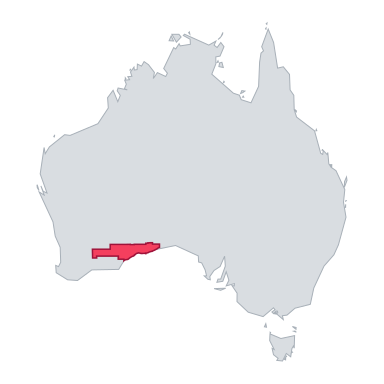 Dundas, Western Australia, Australia shown in context
{"feature_id": "25037944B97036074912579", "entity_name": "Dundas", "entity_type": "district", "adm_level": 2, "iso_a3": "AUS", "parent_name": "Australia", "parent_adm1": "Western Australia", "projection": "equal_earth", "projection_center": [126.268, -32.126], "detail": "fine", "context": "in_parent", "style": "filled", "palette": "rose", "viewbox_px": 384, "rotation_deg": 0, "n_neighbors": 0, "source": "geoboundaries", "source_scale": "gbopen_adm2", "svg_char_len": 6372}
<svg xmlns="http://www.w3.org/2000/svg" viewBox="0 0 384 384"><path d="M273.6,42.5L277.6,68.1L283.3,66.8L289.5,74.4L290.1,89.9L293.8,95.3L294.2,109.7L296.6,117.1L314.5,130.8L320.7,153.3L322.7,154.4L323.3,150.5L327.1,154.5L327.8,152.5L328.8,163.8L331.0,167.2L336.0,170.7L344.8,189.6L343.5,202.2L346.0,217.2L338.4,244.9L333.9,254.8L324.0,266.1L313.8,288.0L310.3,304.3L295.0,308.2L287.0,315.1L282.4,315.7L283.3,319.6L276.6,313.9L277.8,312.5L277.4,311.1L276.1,311.1L273.5,313.6L271.9,312.0L275.0,309.7L273.5,307.8L263.1,316.6L248.2,312.2L237.0,301.6L237.1,293.2L232.0,285.6L234.3,285.9L234.4,283.6L226.2,285.9L228.9,280.2L226.2,271.8L222.8,281.3L216.9,282.3L218.0,279.1L220.7,279.1L225.3,266.1L224.6,256.2L220.1,266.5L214.0,270.5L209.8,276.6L210.3,279.8L207.9,279.3L204.2,275.9L206.6,275.9L205.1,269.8L201.7,262.9L198.6,262.0L198.3,255.9L175.5,245.5L136.5,253.4L124.1,260.5L118.7,269.4L91.8,269.9L77.5,280.5L67.6,279.8L56.2,272.7L55.7,265.4L58.5,266.6L60.7,262.3L60.2,247.4L55.2,236.1L53.0,221.9L39.1,191.9L44.2,195.1L40.9,185.9L43.2,191.3L47.0,193.0L40.2,173.9L44.1,147.5L45.2,153.7L49.4,146.9L64.6,134.7L70.1,135.4L97.9,123.7L108.3,108.0L107.6,97.7L113.1,90.3L117.8,101.7L120.3,95.4L117.2,90.8L118.1,88.0L127.3,89.9L124.4,88.8L126.3,84.2L124.7,80.2L129.6,79.7L127.8,76.7L131.9,76.3L130.5,72.0L134.0,67.1L134.3,70.0L137.1,69.6L137.4,64.1L141.5,66.1L144.1,61.6L148.5,64.7L154.4,72.4L153.3,78.5L157.4,72.6L165.7,76.5L167.4,73.2L163.7,68.5L173.7,47.6L175.7,49.0L179.1,43.7L180.2,45.9L190.4,44.3L190.1,39.2L183.3,35.5L184.5,34.2L208.8,45.1L215.9,41.1L214.1,45.2L217.1,47.5L220.8,42.5L224.0,46.7L220.0,56.1L215.8,56.9L215.9,63.7L211.8,74.2L233.4,93.2L239.4,95.2L241.2,99.7L251.0,102.8L258.6,86.4L259.6,62.2L261.0,53.1L263.5,50.9L261.7,46.7L268.2,29.1L273.6,42.5ZM270.0,333.9L280.9,338.5L294.6,335.6L294.2,348.2L293.5,346.0L291.9,348.6L290.7,356.8L286.3,353.5L282.5,361.0L276.8,360.4L278.1,358.3L273.5,354.7L272.1,348.4L274.2,349.5L269.7,340.6L270.0,333.9ZM171.9,34.3L178.9,34.3L181.1,37.0L176.4,42.2L171.9,34.3ZM214.1,288.6L225.7,288.2L220.6,290.3L214.1,288.6ZM221.9,62.3L223.3,67.5L218.9,66.6L219.6,62.9L221.9,62.3ZM344.3,187.4L344.5,181.7L346.5,177.0L347.0,180.4L344.3,187.4ZM292.4,326.5L296.1,327.5L296.0,329.3L292.4,326.5ZM171.2,35.9L173.6,41.0L169.1,40.7L171.2,35.9ZM266.5,327.2L264.4,326.8L265.8,323.7L266.5,327.2ZM244.9,91.1L242.8,92.6L240.6,93.5L241.8,90.6L244.9,91.1ZM39.0,190.5L37.3,187.8L37.0,185.2L37.3,185.1L39.0,190.5ZM295.0,331.0L296.3,332.2L293.7,331.2L295.0,331.0ZM330.2,164.6L331.8,164.6L331.7,167.1L330.2,164.6ZM294.7,109.4L296.5,111.0L296.2,111.9L294.7,109.4ZM285.7,357.9L285.6,359.9L284.3,359.3L285.7,357.9ZM345.7,204.3L345.6,207.4L345.4,207.4L345.7,204.3ZM189.8,34.1L188.6,32.7L189.4,31.9L189.8,34.1ZM222.5,34.4L220.8,37.0L222.9,32.4L222.5,34.4ZM346.3,200.6L345.4,201.6L346.0,200.5L346.3,200.6ZM224.4,82.0L223.4,82.6L223.9,81.3L224.4,82.0ZM218.4,62.1L217.2,62.4L218.0,60.8L218.4,62.1ZM54.7,134.8L54.4,136.9L53.8,136.7L54.7,134.8ZM266.1,27.9L266.0,29.7L265.6,28.4L266.1,27.9ZM276.1,311.8L276.3,312.8L275.9,312.5L276.1,311.8ZM220.3,37.7L218.0,39.5L220.4,37.3L220.3,37.7ZM130.6,69.4L129.8,70.7L130.3,69.2L130.6,69.4ZM286.6,356.5L285.9,356.9L286.3,356.1L286.6,356.5ZM243.8,97.2L242.5,97.2L243.2,96.1L243.8,97.2ZM126.0,78.8L125.3,79.5L125.3,77.8L126.0,78.8ZM292.5,352.2L291.4,352.8L291.9,351.7L292.5,352.2ZM267.0,23.0L266.8,24.3L266.2,23.7L267.0,23.0ZM275.4,313.2L276.3,314.1L274.7,313.8L275.4,313.2ZM316.8,130.7L315.9,130.8L316.3,129.4L316.8,130.7ZM322.6,150.3L322.1,150.3L322.5,149.2L322.6,150.3ZM270.6,332.4L270.3,333.2L270.1,332.2L270.6,332.4Z" fill="#d9dde1" stroke="#a8b0b8" stroke-width="1"/><path d="M159.5,244.1L152.5,244.1L152.5,242.7L150.2,242.7L150.2,242.8L147.9,242.8L147.9,243.2L145.8,243.2L145.8,244.3L143.2,244.3L138.9,244.3L134.2,244.3L134.2,244.6L130.3,244.6L130.3,244.3L126.0,244.4L122.2,244.4L114.7,244.4L110.2,244.4L110.2,249.2L101.5,249.2L96.3,249.2L92.4,249.2L92.6,258.0L96.7,258.0L96.6,256.1L98.1,256.1L100.0,256.1L102.3,256.1L105.6,256.1L106.7,256.1L107.4,256.1L118.4,256.1L118.4,257.4L118.2,257.4L118.2,259.2L123.9,259.2L123.9,260.7L124.1,260.5L124.2,260.4L124.3,260.4L124.5,260.2L124.9,260.0L125.0,259.9L125.5,259.8L125.7,259.7L126.0,259.7L126.3,259.6L126.5,259.6L126.8,259.6L127.2,259.5L127.4,259.5L127.6,259.4L127.8,259.4L128.0,259.3L128.1,259.2L128.4,259.1L128.5,259.0L128.5,258.9L128.8,258.8L128.9,258.7L129.0,258.5L129.2,258.3L129.3,258.2L129.5,258.1L129.7,257.9L129.8,257.8L129.9,257.7L130.0,257.7L130.3,257.6L130.5,257.5L130.6,257.4L130.8,257.3L130.9,257.2L131.0,257.1L131.3,256.9L131.5,256.8L131.6,256.7L131.9,256.6L132.0,256.5L132.2,256.4L132.3,256.4L132.6,256.3L132.8,256.3L132.9,256.2L133.0,256.2L133.3,256.0L133.5,256.0L133.5,255.9L133.8,255.8L133.9,255.7L134.0,255.6L134.1,255.4L134.3,255.3L134.3,255.2L134.5,255.2L134.6,254.9L134.9,254.8L134.9,254.7L135.0,254.7L135.3,254.4L135.5,254.2L135.8,254.0L135.9,253.9L136.0,253.8L136.4,253.6L136.5,253.5L136.6,253.4L136.8,253.3L137.0,253.3L137.1,253.2L137.3,253.2L137.5,253.2L137.8,253.2L138.0,253.1L138.1,252.9L138.3,252.8L138.6,252.8L138.8,252.8L139.0,252.9L139.2,253.0L139.4,253.0L139.6,253.1L139.8,253.1L140.0,253.2L140.2,253.3L140.3,253.3L140.5,253.3L141.2,253.4L141.4,253.4L141.4,253.5L141.5,253.5L141.9,253.5L142.0,253.5L142.3,253.5L142.5,253.5L142.7,253.4L142.8,253.4L143.1,253.4L143.4,253.4L143.5,253.4L143.9,253.4L144.1,253.4L144.3,253.4L144.5,253.4L144.8,253.3L145.0,253.3L145.3,253.3L145.4,253.2L145.5,253.3L145.5,253.2L145.8,253.2L146.0,253.2L146.3,253.2L146.5,253.1L146.8,253.0L147.0,253.0L147.1,252.9L147.3,252.9L147.5,252.8L147.8,252.7L148.0,252.7L148.3,252.6L148.5,252.5L148.6,252.4L148.8,252.3L148.9,252.2L149.0,252.2L149.3,252.0L149.7,251.9L149.8,251.8L150.0,251.8L150.1,251.7L150.3,251.7L150.5,251.7L150.8,251.6L151.0,251.5L151.3,251.5L151.4,251.4L151.5,251.4L151.8,251.3L152.0,251.3L152.0,251.2L152.3,251.1L152.5,251.1L152.7,250.9L152.9,250.9L153.0,250.8L153.2,250.7L153.3,250.7L153.5,250.6L153.8,250.5L153.9,250.4L154.0,250.4L154.3,250.3L154.4,250.2L154.5,250.2L154.8,250.0L154.9,249.9L155.0,249.9L155.3,249.8L155.4,249.7L155.5,249.7L155.8,249.5L155.9,249.4L156.0,249.4L156.2,249.2L156.3,249.2L156.5,249.1L156.8,249.0L156.9,248.9L157.0,248.8L157.1,248.7L157.3,248.6L157.5,248.4L157.8,248.2L158.0,248.1L158.3,247.9L158.5,247.8L158.7,247.7L158.8,247.7L159.0,247.6L159.2,247.4L159.5,247.4L159.5,244.1Z" fill="#f43f5e" stroke="#9f1239" stroke-width="1.5"/></svg>